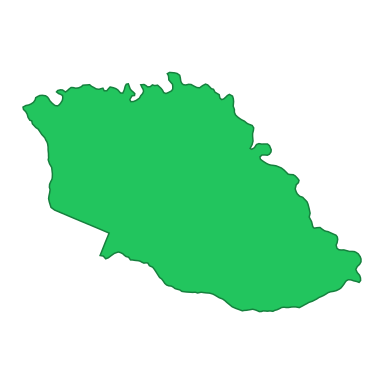 Angélica, Mato Grosso do Sul, Brazil
{"feature_id": "56859067B10068689760359", "entity_name": "Angélica", "entity_type": "district", "adm_level": 2, "iso_a3": "BRA", "parent_name": "Brazil", "parent_adm1": "Mato Grosso do Sul", "projection": "albers", "projection_center": [-53.859, -22.058], "detail": "fine", "context": "isolated", "style": "filled", "palette": "green", "viewbox_px": 384, "rotation_deg": 0, "n_neighbors": 0, "source": "geoboundaries", "source_scale": "gbopen_adm2", "svg_char_len": 4646}
<svg xmlns="http://www.w3.org/2000/svg" viewBox="0 0 384 384"><path d="M233.6,101.6L233.3,98.6L232.5,96.1L229.4,94.4L227.4,95.5L225.7,97.2L223.6,99.0L221.7,99.6L219.9,98.1L219.2,94.7L215.0,92.2L213.5,89.3L211.4,88.7L209.7,86.9L207.7,84.9L205.5,84.1L202.6,85.6L199.6,87.8L196.8,87.5L193.8,86.0L191.1,84.5L188.7,84.3L185.7,85.0L183.4,84.7L181.9,83.5L180.8,81.3L180.3,77.7L179.7,75.3L177.2,73.5L174.8,72.9L172.9,72.7L169.6,72.4L167.3,73.7L168.4,75.6L168.7,77.9L168.8,79.9L170.6,82.1L172.5,84.3L172.8,86.7L172.7,89.1L171.6,90.8L169.8,91.8L168.0,92.7L165.9,93.5L163.7,92.6L162.5,90.2L161.0,88.3L157.6,85.2L154.7,85.6L152.4,84.9L150.2,86.7L147.6,86.9L145.7,85.4L144.0,84.5L140.8,84.8L141.9,87.2L143.3,89.7L143.5,91.6L142.6,93.6L140.7,95.8L139.5,98.1L136.2,100.4L133.6,101.5L130.9,101.7L129.8,99.7L130.9,97.6L132.1,95.8L134.5,95.5L134.8,93.6L133.2,92.0L131.4,90.5L130.1,88.8L129.2,86.2L128.3,83.8L126.3,84.2L125.2,86.2L124.2,90.1L122.8,93.1L120.5,93.0L119.3,91.6L117.8,89.9L115.8,88.6L113.3,87.7L110.1,87.0L108.6,88.6L106.8,90.8L104.2,90.8L102.9,88.2L100.9,88.7L99.0,89.3L96.2,88.9L93.8,87.5L91.5,86.3L89.6,84.7L87.5,84.9L85.3,85.0L82.9,85.2L81.3,86.7L78.5,87.9L75.6,88.2L73.3,87.6L71.1,87.5L69.1,89.0L67.4,90.6L65.5,92.0L62.6,90.0L60.5,89.8L57.7,90.5L56.5,91.9L58.6,93.6L60.5,94.3L62.5,95.5L62.8,97.9L62.3,100.5L60.6,103.2L59.1,104.9L57.6,105.9L54.9,105.5L52.0,103.1L49.8,100.7L48.7,98.7L47.5,97.1L45.6,95.8L42.3,95.3L39.8,95.5L37.5,96.6L35.7,97.7L35.2,99.8L33.5,102.3L31.1,103.9L28.6,105.0L25.9,105.5L23.0,107.1L23.5,109.5L25.7,111.6L27.2,114.2L28.1,117.5L29.9,120.3L31.7,120.8L32.4,123.8L35.8,127.5L38.1,129.0L39.4,130.9L41.8,134.5L43.4,136.2L44.9,137.9L45.8,140.0L46.9,141.8L47.6,143.7L48.1,147.0L48.1,149.9L48.5,153.8L48.5,155.8L48.6,157.8L48.2,159.8L48.9,161.9L49.5,163.7L51.7,167.5L52.4,173.8L52.3,177.2L52.0,179.2L50.8,181.5L49.6,184.3L49.4,187.3L50.1,189.7L49.6,193.0L49.0,195.8L48.6,198.6L49.3,201.9L50.1,204.5L51.0,207.4L54.7,210.1L76.4,219.3L97.7,228.2L109.1,233.1L107.8,236.3L105.6,241.6L100.1,255.5L103.3,256.1L105.7,258.8L108.3,257.8L110.8,255.9L114.3,253.4L116.5,252.6L118.3,252.0L120.5,252.6L122.7,253.7L124.4,255.3L126.0,256.5L128.6,257.2L130.5,259.9L132.7,260.0L135.0,260.4L138.3,260.7L140.2,261.2L141.9,262.2L143.9,263.1L146.2,262.8L147.9,263.1L149.4,265.7L152.7,267.2L154.4,269.4L156.1,272.0L157.8,274.7L159.6,277.5L161.7,279.0L163.3,281.1L164.8,283.4L166.6,285.0L168.7,285.8L171.4,286.1L173.3,287.2L175.1,288.6L177.5,289.3L179.8,289.9L181.9,291.4L184.0,291.7L186.6,292.0L190.2,292.2L192.6,292.4L195.3,292.2L197.6,293.0L199.3,292.6L201.2,292.2L203.6,292.6L206.4,292.9L209.5,293.1L212.7,294.0L214.7,295.0L219.2,297.7L222.6,299.0L225.0,300.7L226.7,302.3L229.4,304.5L232.2,306.8L235.8,308.4L238.6,309.4L240.5,310.1L242.3,310.8L244.4,310.4L246.2,310.3L248.1,310.0L250.0,309.7L252.7,309.2L255.3,309.9L257.1,310.6L259.3,311.6L261.4,311.5L263.1,310.9L265.4,311.0L267.3,311.2L270.0,310.9L272.9,311.3L274.9,310.3L276.9,309.8L279.4,308.7L281.6,307.5L284.1,307.2L286.0,307.5L288.6,307.5L291.6,307.0L293.6,306.9L295.7,306.9L299.3,307.6L302.4,306.0L304.9,304.6L306.7,303.7L308.9,302.4L312.4,301.2L316.7,299.0L319.1,297.4L320.9,296.7L323.5,295.5L325.9,294.1L328.0,292.7L330.4,291.8L333.2,291.4L336.3,290.6L339.0,289.3L340.7,288.2L342.1,286.6L344.0,284.1L345.1,282.3L346.4,280.7L348.4,279.7L351.1,279.9L353.6,280.8L356.7,281.5L359.1,282.4L360.6,280.5L360.5,277.9L359.6,275.3L357.2,272.5L355.8,269.4L357.3,266.5L359.6,264.3L361.0,261.8L361.0,259.0L360.2,256.7L358.3,253.9L356.1,252.4L354.4,251.6L352.1,251.4L349.4,251.4L346.5,250.6L343.9,249.9L341.0,250.0L338.8,249.7L337.0,248.3L336.1,245.1L337.1,242.8L337.7,239.4L337.3,237.0L336.0,235.2L333.7,234.2L330.6,232.8L328.0,231.6L326.2,231.3L324.4,230.7L322.2,229.2L320.0,227.5L317.0,227.7L314.2,228.2L312.8,226.7L312.3,224.6L311.6,221.7L309.2,217.1L310.1,213.2L309.1,208.5L308.0,204.2L307.0,201.8L305.6,200.3L304.3,199.0L302.7,197.3L299.6,196.2L297.2,193.8L296.1,191.6L295.2,188.9L296.2,184.8L298.4,182.7L299.0,180.3L297.5,178.3L295.2,175.9L293.2,174.7L290.0,174.5L288.2,174.2L286.5,172.5L284.0,170.0L281.4,168.0L278.3,166.7L276.0,165.8L273.5,165.4L270.8,165.1L268.7,164.5L266.4,163.4L263.9,161.8L262.0,160.5L260.4,159.2L259.9,156.9L262.0,155.0L265.2,155.0L267.4,155.2L269.4,154.2L271.0,151.9L271.2,149.8L269.5,145.7L267.5,144.0L263.7,144.0L261.8,144.1L258.9,143.6L256.5,144.5L254.4,147.7L251.7,149.3L250.1,148.4L252.1,144.6L253.0,141.1L252.6,136.1L252.6,133.6L253.4,130.4L253.7,127.9L252.2,125.5L250.2,124.7L248.5,124.1L246.7,123.1L244.5,121.2L241.5,119.7L239.8,118.6L237.4,116.8L235.5,114.9L234.4,112.3L234.4,109.5L233.2,106.2L233.6,101.6Z" fill="#22c55e" stroke="#15803d" stroke-width="1.5"/></svg>